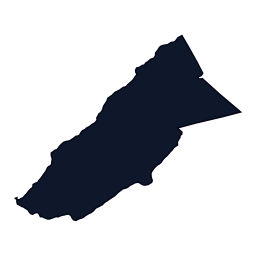 Cambuci, Rio de Janeiro, Brazil (Albers equal-area conic projection)
{"feature_id": "56859067B47636510010645", "entity_name": "Cambuci", "entity_type": "district", "adm_level": 2, "iso_a3": "BRA", "parent_name": "Brazil", "parent_adm1": "Rio de Janeiro", "projection": "albers", "projection_center": [-41.95, -21.483], "detail": "fine", "context": "isolated", "style": "filled", "palette": "ink", "viewbox_px": 256, "rotation_deg": 0, "n_neighbors": 0, "source": "geoboundaries", "source_scale": "gbopen_adm2", "svg_char_len": 2717}
<svg xmlns="http://www.w3.org/2000/svg" viewBox="0 0 256 256"><path d="M49.1,219.0L51.1,218.4L53.8,217.4L56.3,216.5L57.9,216.9L60.2,215.9L62.8,215.1L64.6,214.8L66.8,214.1L68.6,214.1L70.9,215.3L72.1,217.9L73.6,219.8L76.0,220.4L77.9,219.4L79.4,218.6L81.5,218.1L83.6,217.1L85.4,215.6L88.3,213.8L91.2,212.5L93.5,210.7L94.6,209.3L95.8,208.0L98.7,206.6L100.9,205.4L102.4,204.6L103.8,203.1L105.3,201.9L106.8,201.0L109.6,199.0L111.2,198.0L112.6,197.1L114.8,195.6L117.1,193.3L118.8,191.8L120.7,190.4L122.9,188.7L125.7,188.1L128.2,186.9L129.6,185.5L131.9,184.4L135.0,182.7L137.6,182.2L139.4,182.6L141.9,184.3L144.1,185.1L146.0,184.9L148.1,184.5L149.9,183.4L151.4,182.5L152.3,180.7L151.6,178.7L151.1,176.8L150.9,173.5L151.9,171.1L153.0,169.6L154.3,167.8L155.7,166.5L157.1,165.1L159.1,164.0L161.1,162.4L162.5,160.1L163.8,158.5L165.2,157.1L166.8,155.8L168.5,153.9L169.9,152.1L172.1,150.0L173.8,147.5L175.5,146.3L177.5,145.1L177.3,142.1L178.4,139.8L179.8,137.6L180.2,135.4L181.8,134.1L181.9,132.1L180.3,130.6L178.7,129.3L177.6,127.9L195.8,123.0L222.6,116.7L240.6,112.0L219.8,94.4L202.3,78.6L199.7,79.1L198.1,78.3L198.5,76.7L200.2,76.0L201.6,75.1L202.7,73.2L197.4,63.0L194.1,57.0L191.1,51.6L188.1,46.3L181.9,35.6L180.1,36.6L178.0,37.7L176.7,39.5L175.5,41.1L173.8,42.2L171.2,42.4L169.5,43.5L167.6,44.7L165.9,45.0L164.2,45.2L162.6,45.6L160.6,46.4L159.1,48.0L158.1,49.8L156.7,51.6L155.6,53.0L155.6,55.3L154.7,57.1L153.6,58.3L151.4,59.0L149.8,60.0L148.0,61.7L145.6,63.1L144.6,65.2L142.7,65.3L140.6,66.5L139.2,67.5L136.8,67.9L135.6,70.0L135.8,72.2L137.1,74.6L135.5,76.2L134.2,78.4L133.0,80.1L130.9,82.0L129.2,83.5L127.8,84.7L126.7,86.2L125.0,87.1L123.4,87.4L121.6,88.6L120.1,89.8L118.2,90.8L116.7,91.6L115.1,92.3L113.6,93.8L112.2,95.3L109.9,96.8L107.8,98.4L107.0,101.0L105.4,103.5L103.7,106.0L103.0,108.4L102.2,110.7L100.6,112.8L99.1,113.7L98.0,115.9L96.8,118.0L97.2,120.2L96.0,121.6L94.7,123.0L92.1,124.4L89.5,126.6L86.7,127.9L85.1,129.5L82.5,130.7L80.7,133.0L79.9,134.9L78.3,135.9L75.8,136.4L73.8,138.1L71.8,139.4L69.7,140.8L66.2,141.5L63.7,142.3L61.6,144.1L59.5,146.3L57.9,148.6L56.8,149.9L55.1,150.1L53.3,151.6L51.3,153.0L51.3,155.1L51.7,157.0L52.4,158.8L51.9,161.3L51.7,163.7L50.7,165.7L48.9,166.5L47.6,167.6L46.6,169.9L45.5,171.9L43.8,174.1L42.3,176.3L40.8,178.4L39.1,180.2L37.6,182.6L35.3,183.3L33.1,184.5L32.9,187.3L30.3,189.3L28.7,191.1L27.4,192.9L25.9,194.6L24.3,196.2L23.1,197.8L21.2,198.4L19.6,199.8L16.9,199.6L16.9,201.9L17.4,204.0L19.7,205.1L21.6,206.3L23.8,207.1L26.0,208.7L27.8,209.6L29.1,211.8L30.7,213.6L32.6,214.3L34.5,213.1L36.6,212.5L38.5,213.0L39.6,215.0L40.4,216.6L42.7,216.8L45.3,218.2L47.4,218.9L49.1,219.0ZM16.9,199.6L16.9,197.7L15.4,198.3L16.9,199.6Z" fill="#0f172a" stroke="#020617" stroke-width="1.5"/></svg>